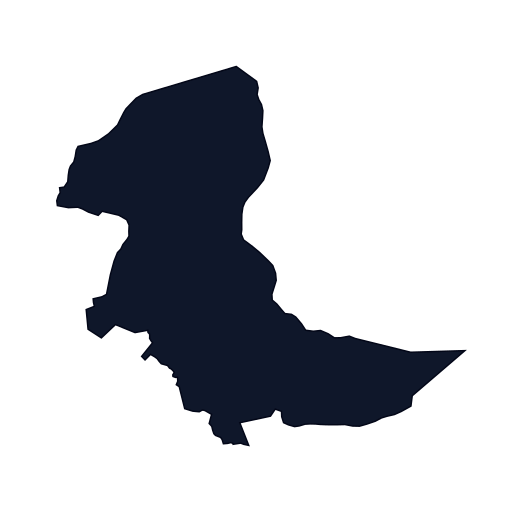 Johor Bahru, Johor, Malaysia (Natural Earth projection), rotated 257°
{"feature_id": "92858781B42177808662163", "entity_name": "Johor Bahru", "entity_type": "district", "adm_level": 2, "iso_a3": "MYS", "parent_name": "Malaysia", "parent_adm1": "Johor", "projection": "natural_earth1", "projection_center": [103.741, 1.468], "detail": "fine", "context": "isolated", "style": "filled", "palette": "ink", "viewbox_px": 512, "rotation_deg": 257, "n_neighbors": 0, "source": "geoboundaries", "source_scale": "gbopen_adm2", "svg_char_len": 2281}
<svg xmlns="http://www.w3.org/2000/svg" viewBox="0 0 512 512"><g transform="rotate(257 256 256)"><path d="M77.7,191.4L77.1,199.0L75.3,201.6L73.1,206.3L97.2,202.7L96.7,234.1L102.5,240.3L98.9,245.9L93.6,244.9L87.4,245.4L84.2,249.6L81.1,255.2L80.7,259.9L81.1,266.0L80.2,271.2L78.9,276.3L77.5,280.5L75.8,286.7L73.5,296.4L71.8,304.7L68.6,311.9L66.9,318.6L67.3,326.3L68.2,335.1L70.0,341.8L70.4,347.5L70.4,355.2L71.8,362.4L74.9,373.2L84.7,376.8L116.8,438.2L127.4,385.1L153.3,334.1L156.9,328.9L157.3,320.2L158.6,314.0L164.0,308.8L168.9,302.1L169.8,294.9L172.5,287.7L179.6,285.1L187.6,281.0L191.2,277.4L193.4,271.2L198.3,268.6L204.5,265.5L209.4,261.9L215.2,262.9L221.5,266.6L227.7,270.2L234.8,271.2L242.9,270.2L248.2,267.1L258.5,260.4L266.0,254.7L274.5,247.5L280.7,246.5L284.7,248.0L291.9,249.6L299.9,251.6L306.6,254.2L311.0,257.3L315.0,261.9L322.2,272.7L328.4,280.5L339.1,287.7L345.8,291.3L355.1,291.3L365.8,290.8L373.9,290.3L380.5,290.8L389.0,293.4L396.1,295.4L402.4,295.4L407.7,293.9L413.1,293.4L419.3,295.9L426.0,295.9L445.1,279.4L438.9,182.0L436.7,174.8L432.7,168.6L428.7,162.5L425.5,159.4L419.3,154.2L414.8,150.6L411.3,144.9L408.2,139.8L403.7,128.4L402.8,120.7L402.8,114.5L402.8,107.3L399.7,104.7L393.5,102.2L388.6,99.6L385.4,95.5L382.3,93.4L377.0,91.3L370.7,89.3L366.3,84.6L366.7,80.0L361.8,79.5L359.1,76.9L354.7,74.3L349.8,73.8L345.3,84.1L343.6,93.4L340.9,97.5L336.4,102.7L331.1,111.4L334.2,116.1L326.6,131.5L320.4,138.2L314.6,139.3L308.8,137.7L303.9,136.7L301.2,134.1L297.2,129.0L293.2,125.9L290.5,121.8L283.0,116.6L270.5,109.9L252.2,101.7L250.9,96.5L250.9,91.3L250.9,87.7L247.3,87.2L243.3,87.2L242.0,78.5L222.4,75.9L211.0,86.9L220.8,103.6L208.6,120.9L208.0,133.8L205.7,133.6L204.2,134.7L202.2,134.5L199.6,133.8L196.9,134.7L194.7,135.7L183.9,122.0L179.7,124.5L183.9,131.1L180.7,134.5L178.3,136.6L175.0,138.0L172.3,139.5L169.2,145.2L166.2,146.5L165.0,148.0L162.8,149.4L160.9,150.1L158.9,148.2L157.3,148.0L155.8,150.3L155.5,152.2L151.6,151.6L148.5,149.4L146.0,151.8L123.3,152.2L120.6,156.8L119.1,159.4L118.1,162.3L117.0,165.7L117.7,168.0L117.9,169.5L116.8,171.6L111.7,177.1L103.3,172.7L101.3,173.9L99.8,174.6L96.0,174.6L92.3,175.0L90.3,176.2L87.2,180.7L84.7,181.7L80.4,182.0L79.8,186.0L79.8,189.6L78.4,191.6L77.7,191.4Z" fill="#0f172a" stroke="#020617" stroke-width="1.5"/></g></svg>